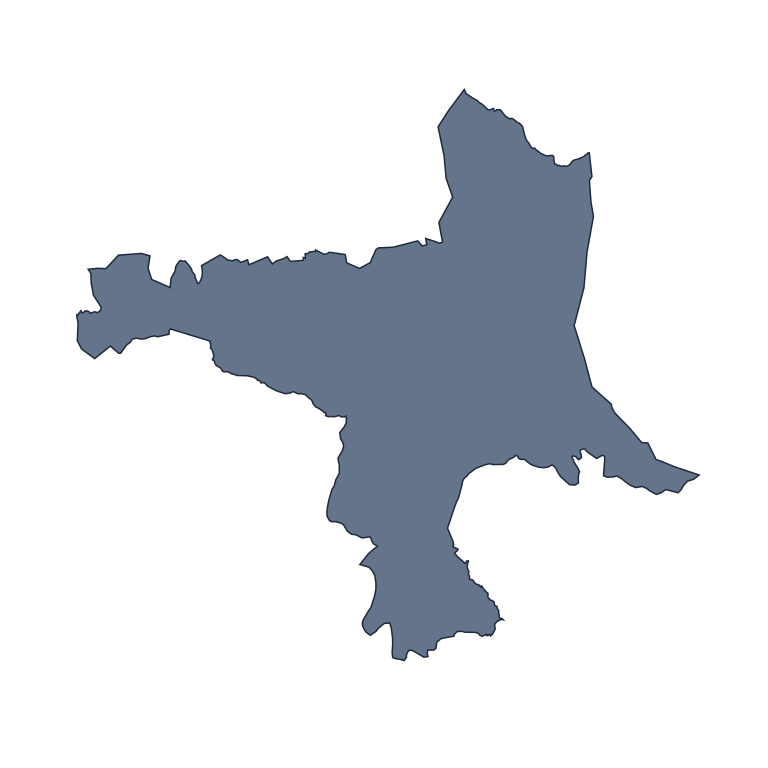 outline of Tamazulápam del Espíritu Santo, Oaxaca, Mexico, rotated 350°
{"feature_id": "50627088B94442795805381", "entity_name": "Tamazulápam del Espíritu Santo", "entity_type": "district", "adm_level": 2, "iso_a3": "MEX", "parent_name": "Mexico", "parent_adm1": "Oaxaca", "projection": "robinson", "projection_center": [-96.035, 17.033], "detail": "fine", "context": "isolated", "style": "filled", "palette": "slate", "viewbox_px": 768, "rotation_deg": 350, "n_neighbors": 0, "source": "geoboundaries", "source_scale": "gbopen_adm2", "svg_char_len": 6163}
<svg xmlns="http://www.w3.org/2000/svg" viewBox="0 0 768 768"><g transform="rotate(350 384 384)"><path d="M328.9,557.6L337.5,561.9L340.1,566.1L341.7,570.9L341.5,578.6L340.3,584.9L338.1,590.8L332.4,601.7L328.6,605.6L322.6,612.6L321.2,615.6L320.9,618.3L321.9,622.1L323.1,625.1L326.8,629.1L332.9,626.4L336.6,623.2L342.8,619.8L348.2,620.4L348.8,626.0L348.3,635.6L347.3,642.1L345.3,650.2L345.1,654.9L348.3,656.8L350.4,657.3L355.9,659.8L358.7,657.0L358.9,655.0L361.9,650.7L365.3,651.0L375.7,659.9L380.0,660.1L379.8,657.2L380.9,653.4L384.7,654.4L387.0,654.6L389.3,653.3L391.1,647.4L396.2,644.6L409.0,644.5L409.8,642.7L413.1,640.5L417.5,641.0L420.7,642.5L430.1,644.3L432.9,645.4L434.1,646.6L434.5,647.9L436.8,649.5L441.0,648.3L441.1,649.3L441.5,649.6L442.7,649.8L442.7,649.0L443.4,648.9L444.0,649.3L445.1,649.2L445.2,650.6L447.4,649.2L450.0,646.1L451.0,644.3L451.1,640.7L451.6,639.5L454.0,637.6L454.7,637.2L456.0,637.1L456.6,636.6L459.1,636.3L460.4,636.9L459.4,635.4L457.7,635.0L457.4,634.6L457.1,632.8L457.4,631.6L457.1,629.4L457.7,627.5L457.1,626.2L456.6,624.2L456.7,623.0L456.5,622.5L454.8,621.8L454.6,619.9L454.3,619.2L454.7,618.2L454.5,617.6L452.9,616.0L451.2,615.2L449.5,612.4L449.2,611.1L449.9,609.9L449.7,608.6L450.0,608.0L448.4,606.3L446.1,602.2L445.3,600.0L444.7,600.1L444.0,600.9L443.7,600.5L443.3,598.9L439.8,596.8L438.2,594.7L438.1,593.4L436.9,592.1L434.5,591.1L434.3,590.8L434.8,588.1L434.2,586.2L434.2,585.2L435.1,583.2L434.4,581.3L434.1,578.6L435.4,574.9L436.4,573.3L436.2,572.7L434.4,572.8L433.1,574.7L431.6,573.6L430.2,571.3L428.2,569.4L428.0,568.5L426.8,567.7L425.2,564.5L424.3,563.6L424.2,562.6L427.7,560.6L428.2,559.4L424.9,557.1L423.8,556.9L423.5,556.2L424.7,554.2L424.7,551.3L421.5,537.0L431.3,519.0L435.3,512.1L437.5,509.3L443.1,497.3L444.4,493.6L446.6,490.7L449.7,489.0L451.8,487.1L458.7,483.5L462.8,482.3L470.5,481.0L474.4,480.9L477.4,482.3L487.5,483.9L489.9,483.3L493.6,480.1L499.1,478.7L501.3,477.3L502.3,477.5L503.0,478.3L503.7,480.5L505.0,481.8L509.3,482.7L514.2,488.3L516.4,489.9L522.2,492.9L526.9,494.2L531.6,494.2L535.0,493.0L536.5,493.6L538.5,496.6L539.7,500.8L541.9,506.1L545.6,510.8L549.2,515.3L554.6,516.7L558.3,515.2L559.0,510.3L560.3,506.1L561.3,504.5L560.5,500.9L557.7,494.1L557.5,492.1L556.6,489.9L556.7,488.0L557.7,487.7L560.2,488.7L561.3,490.8L562.4,492.3L564.7,491.6L565.8,490.2L565.9,487.7L565.4,484.9L565.8,483.2L568.9,482.6L570.1,482.8L571.0,483.7L572.1,485.9L580.5,494.3L586.6,492.1L588.0,492.9L588.6,494.0L588.5,495.7L584.2,512.5L587.6,514.5L593.7,515.3L597.5,515.0L602.2,519.2L605.0,522.5L609.2,526.7L613.8,529.7L620.7,529.8L624.8,532.8L627.6,535.8L633.1,540.0L636.9,539.6L643.3,536.9L654.7,542.2L658.2,539.8L661.5,535.8L666.0,532.4L672.5,531.6L678.5,528.3L656.3,516.3L644.7,508.9L638.8,505.6L633.5,487.7L627.6,486.5L618.6,470.8L606.0,452.1L604.3,446.7L604.4,443.4L588.3,423.0L585.8,393.5L581.4,359.5L597.6,324.0L606.9,289.1L619.4,255.3L619.4,240.9L621.6,219.4L624.8,215.8L626.3,191.9L625.5,191.7L619.9,194.8L613.4,196.3L610.0,196.5L607.9,197.5L605.8,199.6L604.3,200.5L602.1,201.4L599.0,200.4L596.8,200.5L594.8,199.3L592.8,198.8L591.6,197.5L590.3,196.8L590.2,194.2L590.6,189.4L589.6,188.1L583.3,187.5L577.8,183.6L576.4,181.6L574.8,180.2L573.5,178.1L571.0,177.4L569.9,176.1L568.3,171.6L566.5,168.4L565.8,163.8L565.1,154.3L562.8,150.9L560.6,149.3L557.0,145.2L555.3,144.5L554.1,144.9L550.1,141.3L546.3,134.3L543.8,133.5L542.3,133.5L541.3,134.6L540.0,134.4L539.8,131.7L536.1,132.3L534.1,132.0L529.4,125.7L526.3,123.1L524.8,120.7L522.8,119.4L515.4,112.5L514.2,107.9L495.6,125.4L481.9,140.1L482.8,169.6L480.9,192.4L484.1,211.8L466.1,234.4L466.3,254.4L462.9,255.0L459.5,252.8L450.3,247.9L450.3,254.2L445.8,254.7L442.0,248.9L416.8,250.9L402.1,249.0L399.5,250.2L393.2,259.4L392.0,261.9L379.9,265.9L368.2,258.1L368.4,250.0L367.9,249.6L353.3,244.8L350.3,245.8L347.5,245.9L339.9,240.1L339.2,241.8L337.7,241.2L335.1,241.3L333.8,240.9L332.6,241.8L330.9,242.3L329.0,242.1L328.3,246.4L326.5,245.4L326.5,246.5L325.6,248.2L313.1,247.0L310.6,241.7L306.8,243.1L299.4,244.1L294.9,246.4L291.4,238.5L271.7,243.1L271.2,237.9L264.1,239.4L261.0,236.0L259.1,235.7L256.2,236.3L251.9,234.9L246.4,229.4L245.0,228.5L224.9,235.7L224.7,241.6L223.5,246.2L221.7,249.7L219.7,252.3L217.9,252.7L216.6,246.5L216.5,243.4L214.5,239.8L214.5,237.7L213.0,234.3L209.7,228.4L207.2,228.1L204.9,227.0L203.2,227.9L199.4,232.0L197.8,236.7L192.6,243.0L190.1,251.9L173.4,240.7L171.7,229.2L175.8,217.2L167.8,213.3L144.9,211.0L130.1,222.1L121.8,220.3L112.6,219.7L114.5,224.2L113.2,233.7L113.3,246.2L118.8,259.1L118.1,261.5L116.8,262.8L114.3,264.0L111.6,262.6L107.1,263.4L105.8,261.3L102.7,260.0L101.1,261.1L98.8,261.6L98.3,259.2L94.3,262.8L93.5,262.4L93.2,263.7L93.3,270.9L89.5,288.0L92.2,296.9L103.5,308.8L121.1,299.1L128.0,307.6L130.0,308.0L137.2,300.9L141.1,299.0L143.8,296.2L148.2,295.8L151.1,297.1L153.8,297.8L157.6,297.8L162.3,296.8L166.2,296.8L169.5,298.2L180.9,297.7L181.7,294.1L183.2,292.7L219.9,311.4L219.7,312.4L220.3,314.1L219.4,318.8L220.6,320.1L221.4,327.0L219.3,330.0L219.6,330.9L220.4,331.0L220.9,332.2L221.0,334.1L222.0,336.6L225.9,339.9L227.0,343.0L228.3,344.2L232.1,344.7L236.2,347.9L238.0,348.3L240.4,350.0L251.1,352.2L251.6,352.7L252.3,352.4L253.9,353.7L255.7,354.0L258.1,355.6L259.7,357.3L260.4,358.6L262.1,359.0L263.1,361.7L264.4,361.3L265.5,362.0L266.1,361.8L267.6,363.5L268.6,365.5L272.0,368.3L277.8,372.6L285.3,376.5L290.3,376.6L292.7,375.8L293.7,376.0L297.7,378.8L300.6,379.1L304.3,380.6L305.1,381.3L306.9,384.0L309.5,386.7L310.2,388.0L310.7,391.1L312.6,394.5L315.9,397.0L319.0,400.1L320.1,401.8L321.1,401.8L321.8,404.3L321.1,405.1L323.5,406.5L327.0,406.9L328.6,407.6L334.2,407.3L334.8,407.5L335.8,408.8L336.8,409.0L339.4,409.5L341.1,409.1L340.8,412.1L340.0,415.8L337.5,419.2L332.0,424.1L331.7,430.5L333.3,434.5L333.4,438.3L331.6,442.2L325.9,448.9L325.7,451.9L325.9,456.0L324.4,464.2L319.8,470.1L317.3,475.6L314.5,478.7L311.1,485.5L309.0,490.0L307.0,495.2L305.6,499.7L305.0,504.4L306.7,509.3L308.7,510.5L312.6,511.2L317.5,513.6L319.6,515.4L322.2,522.3L325.5,526.0L327.9,527.0L329.9,527.5L335.8,531.8L343.6,532.1L344.4,534.0L344.7,536.5L345.9,539.6L349.3,542.5L339.2,548.4L328.9,557.6Z" fill="#64748b" stroke="#1e293b" stroke-width="1.5"/></g></svg>